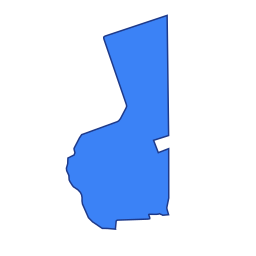 outline of Southern, rotated 72°
{"feature_id": "BWA-2649", "entity_name": "Southern", "entity_type": "District", "adm_level": 1, "iso_a3": "BWA", "parent_name": "Botswana", "parent_adm1": "", "projection": "orthographic", "projection_center": [24.884, -24.914], "detail": "fine", "context": "isolated", "style": "filled", "palette": "blue", "viewbox_px": 256, "rotation_deg": 72, "n_neighbors": 0, "source": "natural_earth", "source_scale": "10m", "svg_char_len": 977}
<svg xmlns="http://www.w3.org/2000/svg" viewBox="0 0 256 256"><g transform="rotate(72 128 128)"><path d="M220.3,171.2L217.1,178.8L215.5,183.5L206.3,190.7L201.1,193.3L186.3,194.8L183.3,194.3L180.0,193.2L177.3,192.8L174.5,193.2L171.3,194.7L167.1,198.0L165.6,198.6L161.4,199.7L159.2,200.0L157.2,199.5L154.9,198.9L149.7,199.5L147.2,199.0L143.4,196.4L138.0,194.4L137.0,187.6L135.1,186.1L131.8,185.9L130.7,185.6L122.4,177.2L120.0,174.1L118.7,136.5L118.4,134.8L117.6,133.5L116.7,132.2L108.3,123.6L107.2,122.7L106.1,122.4L105.0,122.3L36.1,123.4L35.1,123.3L34.1,123.0L33.7,122.2L33.5,121.2L33.0,56.0L147.7,91.7L147.6,107.5L160.8,106.8L160.2,95.7L207.2,110.9L215.7,115.7L217.0,116.0L223.0,116.2L221.7,121.9L220.8,122.7L219.9,123.9L219.2,124.5L219.3,125.6L218.9,127.6L216.6,134.6L216.7,135.0L217.4,135.1L219.3,135.0L220.3,135.1L221.0,135.4L220.9,136.5L220.7,137.5L212.4,166.3L212.4,167.2L212.8,168.0L220.2,171.2L220.3,171.2Z" fill="#3b82f6" stroke="#1e3a8a" stroke-width="1.5"/></g></svg>